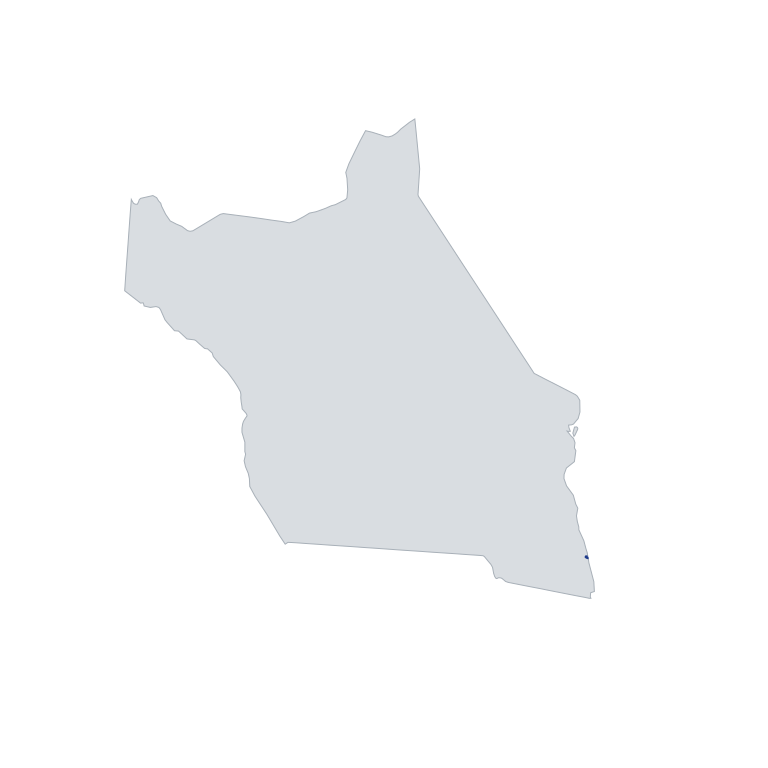 Mvita, Kenya (highlighted), rotated 327°
{"feature_id": "3690345B40484627971500", "entity_name": "Mvita", "entity_type": "district", "adm_level": 2, "iso_a3": "KEN", "parent_name": "Kenya", "parent_adm1": "", "projection": "equal_earth", "projection_center": [39.663, -4.052], "detail": "fine", "context": "in_parent", "style": "filled", "palette": "blue", "viewbox_px": 768, "rotation_deg": 327, "n_neighbors": 0, "source": "geoboundaries", "source_scale": "gbopen_adm2", "svg_char_len": 3418}
<svg xmlns="http://www.w3.org/2000/svg" viewBox="0 0 768 768"><g transform="rotate(327 384 384)"><path d="M213.9,464.5L213.8,454.7L214.8,429.8L214.7,407.9L215.6,396.9L219.6,390.0L221.5,385.0L222.8,377.9L224.9,372.2L229.7,367.5L230.5,364.9L235.6,357.1L238.6,347.1L240.9,343.6L243.7,340.5L245.8,338.8L249.1,337.2L251.7,336.2L252.1,335.4L252.4,333.8L251.5,327.6L252.6,325.5L254.4,321.4L256.4,317.5L258.2,315.0L259.3,312.5L259.7,308.1L259.8,305.0L259.8,300.0L259.2,288.4L257.1,278.8L255.8,268.0L256.8,264.5L255.1,258.2L254.3,257.8L252.9,256.4L251.2,250.5L249.8,245.0L249.0,243.7L243.3,238.9L240.5,227.7L237.3,225.2L235.6,214.1L235.3,210.9L237.1,199.8L236.9,197.2L235.0,194.9L229.7,192.5L225.3,187.9L225.9,186.3L226.2,184.7L223.9,183.6L217.3,164.6L225.9,153.1L234.6,141.6L245.7,127.0L255.9,113.5L264.7,101.9L272.6,91.6L272.4,93.6L272.4,96.2L273.4,97.8L275.0,98.9L277.2,97.7L279.2,96.1L281.1,95.8L292.8,100.1L294.8,103.9L294.7,107.9L295.2,110.8L294.3,113.8L293.3,122.7L293.5,130.8L297.0,136.9L300.2,141.6L302.7,148.3L304.5,150.3L307.1,151.4L315.2,151.7L327.1,152.1L338.7,152.5L339.7,152.7L342.1,153.6L352.7,162.6L362.4,170.8L370.7,178.0L378.6,185.0L386.4,191.7L392.4,197.3L398.3,199.1L408.0,199.9L414.6,200.1L420.8,202.5L430.0,204.7L436.8,205.8L440.9,207.1L452.4,208.4L454.3,207.7L459.3,201.4L465.0,191.3L467.2,185.7L474.5,180.2L487.4,172.4L496.5,167.0L506.5,161.5L511.1,166.3L517.4,173.9L520.3,177.7L522.5,179.3L526.0,180.4L530.1,180.5L532.4,180.3L537.1,179.3L548.0,178.4L554.2,178.5L549.0,188.6L542.7,200.7L531.1,223.0L522.3,234.8L515.7,243.6L515.1,245.2L515.1,255.1L515.2,279.3L515.3,327.7L515.5,376.2L515.6,424.6L515.7,448.8L515.7,456.9L521.5,467.1L527.3,477.1L534.8,490.2L538.8,497.3L539.5,499.6L539.3,504.3L533.1,514.2L528.0,518.7L521.1,520.8L519.1,520.4L516.4,519.0L515.3,521.4L514.5,525.1L513.0,524.3L511.9,523.2L512.6,529.7L513.3,533.0L512.2,537.3L508.9,541.2L508.6,544.4L501.4,552.8L491.2,553.8L485.8,557.9L483.4,561.4L481.6,568.9L482.2,580.4L479.4,589.2L478.9,593.7L473.6,599.4L471.2,604.7L469.5,610.0L468.0,612.4L466.2,624.4L463.8,631.7L463.1,634.1L462.5,636.3L460.6,640.6L459.4,643.5L458.5,645.4L452.3,664.1L447.4,672.6L443.6,671.6L441.1,674.9L440.8,676.4L439.4,675.5L436.3,672.4L429.7,666.1L423.2,659.8L416.6,653.4L410.1,647.1L403.6,640.7L397.0,634.4L390.5,628.1L383.9,621.7L380.1,618.0L378.4,615.8L377.1,611.4L376.4,610.3L374.7,608.9L372.6,608.6L372.0,607.8L372.0,605.7L372.8,602.6L375.2,596.8L375.4,593.4L374.9,589.5L374.2,583.3L373.5,581.9L369.2,578.6L360.1,571.8L351.0,564.9L341.9,558.1L332.8,551.3L323.7,544.4L314.6,537.6L305.5,530.8L296.4,523.9L287.4,517.1L278.3,510.3L269.2,503.4L260.1,496.6L251.0,489.8L241.9,482.9L232.8,476.1L223.7,469.2L220.3,466.7L217.2,464.5L213.9,464.5ZM516.3,530.9L514.8,531.4L515.6,528.1L520.3,523.9L522.2,524.9L522.5,525.9L522.4,526.7L521.6,527.6L516.3,530.9Z" fill="#d9dde1" stroke="#a8b0b8" stroke-width="1"/><path d="M458.6,638.8L458.6,639.0L458.8,639.3L458.9,639.5L458.9,639.8L458.9,640.0L459.0,640.1L459.2,640.3L459.3,640.4L459.3,640.5L459.5,640.7L459.5,640.4L459.6,640.5L459.5,640.8L459.6,641.0L459.8,641.1L460.0,641.1L460.0,640.9L460.2,640.7L460.3,640.7L460.4,640.4L460.3,640.2L460.2,639.9L460.1,639.7L460.1,639.4L460.2,639.2L459.9,639.2L459.9,638.9L460.0,638.8L460.1,638.7L459.9,638.6L459.8,638.4L459.7,638.3L459.4,638.3L459.2,638.4L459.2,638.5L458.9,638.8L458.9,638.7L458.7,638.7L458.6,638.8L458.6,638.8Z" fill="#3b82f6" stroke="#1e3a8a" stroke-width="1.5"/></g></svg>